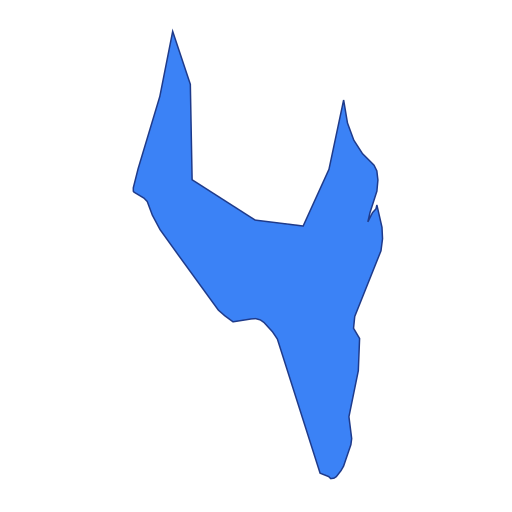 the border of Höfuðborgarsvæði, rotated 103°
{"feature_id": "ISL-709", "entity_name": "Höfuðborgarsvæði", "entity_type": "Region", "adm_level": 1, "iso_a3": "ISL", "parent_name": "Iceland", "parent_adm1": "", "projection": "robinson", "projection_center": [-21.536, 64.199], "detail": "fine", "context": "isolated", "style": "filled", "palette": "blue", "viewbox_px": 512, "rotation_deg": 103, "n_neighbors": 0, "source": "natural_earth", "source_scale": "10m", "svg_char_len": 840}
<svg xmlns="http://www.w3.org/2000/svg" viewBox="0 0 512 512"><g transform="rotate(103 256 256)"><path d="M84.3,205.7L105.8,196.8L121.1,186.8L132.3,175.3L141.0,161.4L145.9,157.4L154.6,154.3L165.6,152.8L188.2,154.7L197.6,154.7L187.5,152.2L183.1,149.7L179.1,149.7L199.7,139.7L210.7,136.6L222.8,135.4L292.7,146.2L304.5,144.7L313.1,136.5L344.8,130.5L391.7,129.3L412.4,121.7L418.5,121.1L441.1,123.4L446.0,124.9L452.9,128.1L454.9,130.0L456.1,133.1L454.6,135.5L453.2,144.7L332.1,216.5L326.2,222.8L319.0,233.2L317.3,237.4L317.1,242.2L318.4,246.5L325.3,263.6L321.2,273.1L317.2,280.5L272.8,331.6L251.9,355.4L239.5,366.2L227.4,374.2L224.8,378.2L221.3,389.1L220.5,390.1L217.2,390.9L197.5,390.5L122.2,385.6L55.9,387.7L103.5,358.6L196.1,335.4L221.2,264.9L216.2,216.8L155.1,204.4L84.3,205.7Z" fill="#3b82f6" stroke="#1e3a8a" stroke-width="1.5"/></g></svg>